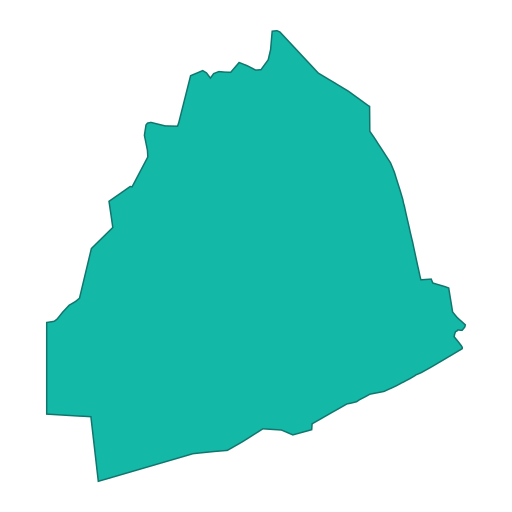 the district of Sana'a City Outskirts - Hamdan, Sana'a, Yemen
{"feature_id": "15242507B72853055261657", "entity_name": "Sana'a City Outskirts - Hamdan", "entity_type": "district", "adm_level": 2, "iso_a3": "YEM", "parent_name": "Yemen", "parent_adm1": "Sana'a", "projection": "natural_earth1", "projection_center": [44.145, 15.413], "detail": "fine", "context": "isolated", "style": "filled", "palette": "teal", "viewbox_px": 512, "rotation_deg": 0, "n_neighbors": 0, "source": "geoboundaries", "source_scale": "gbopen_adm2", "svg_char_len": 2129}
<svg xmlns="http://www.w3.org/2000/svg" viewBox="0 0 512 512"><path d="M239.1,62.5L230.7,72.3L224.6,72.1L220.4,71.7L218.8,71.6L213.7,73.6L210.4,78.1L206.5,72.9L202.7,70.6L190.6,75.7L178.8,122.5L177.5,126.2L165.2,125.9L150.9,122.4L147.5,123.1L146.0,125.0L144.4,135.3L147.4,150.1L147.5,151.4L147.7,154.8L147.8,157.0L132.1,186.8L130.2,186.5L109.0,201.3L111.1,215.6L112.7,226.8L112.8,227.5L91.4,248.5L84.3,278.1L79.5,298.2L75.5,301.5L69.2,305.2L62.8,312.0L59.3,316.4L57.1,319.1L54.2,321.3L46.7,322.5L46.7,353.9L46.7,361.2L46.7,361.9L46.7,378.9L46.7,390.7L46.7,414.1L79.7,416.1L82.4,416.2L90.9,416.7L98.3,481.3L192.9,453.7L197.4,453.2L214.1,451.5L227.3,450.4L242.7,441.6L254.5,434.1L262.9,428.8L275.0,429.6L281.3,430.0L291.5,434.3L292.8,434.9L311.7,429.7L312.1,423.8L333.6,411.5L339.3,408.3L343.3,406.0L347.0,403.9L350.7,403.2L352.3,402.8L356.7,401.7L357.2,401.3L357.7,401.0L358.2,400.6L359.2,399.9L363.6,397.6L366.3,396.2L369.8,394.2L381.7,391.9L383.6,391.5L384.1,391.4L389.9,388.7L391.2,388.2L392.0,387.8L395.0,386.4L396.1,385.9L401.6,382.9L403.6,382.0L405.9,380.7L410.0,378.6L411.5,377.7L415.0,375.6L415.9,374.9L419.7,373.3L421.3,372.6L425.6,370.2L432.0,366.6L462.2,348.7L462.3,347.4L461.3,345.7L458.2,341.7L454.1,336.7L454.4,335.9L454.4,334.7L454.8,333.9L454.9,333.4L455.2,332.4L455.6,331.7L457.2,330.8L457.9,329.9L458.7,330.0L461.0,330.3L462.1,330.3L462.9,329.4L464.6,327.3L464.9,326.7L465.1,325.8L465.3,324.8L461.3,321.2L459.3,319.5L456.9,317.2L452.6,312.0L451.7,306.3L451.6,305.7L451.5,305.1L448.7,288.0L444.9,286.6L435.7,283.9L433.5,283.2L432.8,283.0L431.2,279.1L420.9,279.8L420.0,276.3L418.2,267.9L417.9,266.8L413.9,248.2L413.5,246.4L412.5,241.5L412.2,240.5L410.0,231.2L409.5,228.8L408.4,224.0L406.2,214.5L404.3,205.8L403.5,203.1L402.8,199.5L400.4,191.4L396.0,177.5L395.1,174.5L394.3,172.0L393.4,169.8L390.5,162.8L388.1,159.1L381.0,148.1L377.6,143.0L377.3,142.4L373.9,137.2L369.8,131.3L369.8,130.6L369.6,106.4L368.3,105.7L348.4,91.2L318.3,73.1L279.9,32.0L277.0,30.7L272.2,31.2L271.9,34.5L270.6,49.6L268.2,59.8L261.7,68.7L261.0,69.7L255.7,70.1L247.6,65.9L239.1,62.5Z" fill="#14b8a6" stroke="#0f766e" stroke-width="1.5"/></svg>